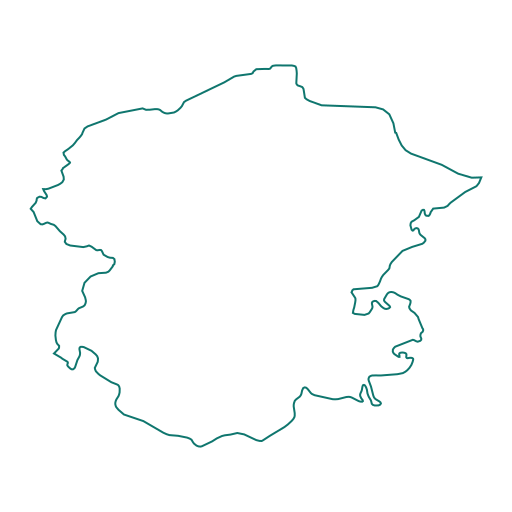 map outline of Chuvash (Equal Earth projection)
{"feature_id": "RUS-2389", "entity_name": "Chuvash", "entity_type": "Republic", "adm_level": 1, "iso_a3": "RUS", "parent_name": "Russia", "parent_adm1": "", "projection": "equal_earth", "projection_center": [47.182, 55.483], "detail": "fine", "context": "isolated", "style": "outline", "palette": "teal", "viewbox_px": 512, "rotation_deg": 0, "n_neighbors": 0, "source": "natural_earth", "source_scale": "10m", "svg_char_len": 5966}
<svg xmlns="http://www.w3.org/2000/svg" viewBox="0 0 512 512"><path d="M481.3,177.4L479.0,183.0L476.8,185.8L476.1,186.4L465.2,192.0L450.6,202.7L448.9,204.4L447.6,205.9L444.1,207.6L433.2,208.6L430.6,212.3L430.3,213.5L429.5,215.0L428.6,215.9L426.2,215.7L425.3,214.8L424.8,213.6L424.5,211.0L424.0,209.9L423.0,209.8L421.6,210.6L418.9,216.9L414.2,220.3L411.6,221.7L410.7,223.2L410.4,225.3L411.6,229.7L412.5,230.6L413.4,230.4L414.1,229.3L415.1,228.5L416.4,228.1L417.7,228.4L418.5,229.2L418.9,230.3L419.3,232.8L419.8,233.9L420.6,234.9L424.7,238.2L425.4,239.3L425.4,240.7L423.8,242.7L422.3,243.8L412.2,246.9L402.5,250.9L391.8,262.0L390.5,264.0L389.8,265.7L389.6,267.1L389.3,268.5L388.1,270.0L383.3,274.9L381.9,276.9L381.0,278.6L380.0,281.4L378.8,284.0L378.2,285.1L377.3,286.2L372.1,287.8L353.5,289.3L352.3,290.4L352.0,291.4L351.5,292.3L355.0,297.6L355.4,298.4L355.5,300.2L355.2,302.4L354.2,307.4L353.4,310.0L352.9,312.9L354.8,313.9L364.5,314.9L368.6,313.5L369.6,312.4L371.0,310.3L372.1,308.5L372.4,307.6L372.5,306.5L372.0,304.1L371.9,303.0L372.3,302.0L373.3,301.3L374.6,300.9L376.1,301.0L377.7,302.3L378.8,303.4L380.5,305.5L381.3,306.4L383.4,308.0L384.7,308.7L386.2,309.0L388.1,308.6L389.3,308.0L390.1,307.1L389.8,306.3L389.1,305.5L385.2,302.1L384.4,301.2L384.0,300.2L384.2,299.0L386.9,294.4L387.7,293.4L388.7,292.6L390.1,292.1L391.7,292.0L393.6,292.4L395.3,293.2L397.5,294.7L400.8,296.4L408.8,299.2L409.8,299.9L410.6,300.9L410.5,302.7L410.1,304.1L409.1,306.8L409.5,308.4L410.9,310.4L414.5,312.9L418.0,317.0L418.7,319.3L422.4,328.2L423.1,329.2L423.2,330.3L422.7,331.7L420.9,333.3L420.4,335.0L420.4,336.4L421.3,338.6L421.2,339.8L420.3,340.8L417.7,341.7L416.3,341.3L414.0,340.1L412.8,339.8L395.2,346.7L394.0,347.9L392.9,349.5L392.8,351.7L393.5,353.1L394.4,354.1L397.8,356.4L398.7,356.9L399.5,356.9L399.5,355.8L399.2,354.7L399.3,353.5L400.2,352.8L402.2,352.5L404.0,352.7L405.6,353.2L406.4,354.2L406.4,355.5L406.2,357.1L406.8,358.0L407.6,358.2L409.8,357.8L411.2,357.8L412.4,358.1L413.1,358.7L413.2,359.6L412.6,361.9L411.4,364.9L409.5,367.8L407.3,370.2L405.4,371.7L402.9,373.1L397.4,374.2L380.5,375.5L375.6,375.4L372.1,375.5L370.8,375.9L369.4,376.7L368.6,378.3L368.5,379.6L368.8,380.8L371.0,386.6L373.2,395.2L373.6,396.4L374.1,397.5L374.9,398.5L375.8,399.3L379.5,401.5L380.5,402.4L380.9,403.5L380.2,404.6L378.6,405.4L374.8,405.5L372.9,404.9L371.8,403.8L371.2,401.3L370.8,400.2L368.9,397.0L368.4,395.9L367.5,393.5L366.9,389.7L366.1,387.4L365.5,386.3L364.8,385.3L363.9,384.9L362.9,385.3L362.4,386.8L361.9,389.8L361.5,391.1L360.4,393.5L360.1,394.7L360.2,396.0L361.2,398.2L362.7,400.2L362.9,401.1L362.2,401.7L360.3,401.6L358.7,401.1L352.1,397.7L350.6,397.1L348.9,396.8L346.4,397.0L338.1,399.1L335.1,399.3L332.7,399.2L314.6,395.2L312.0,394.0L310.9,393.1L307.8,389.2L306.9,388.3L305.9,387.6L304.6,387.4L303.2,388.1L302.1,390.5L301.4,393.8L300.8,395.2L299.8,396.6L296.1,399.4L294.8,400.8L294.0,403.1L293.7,404.9L293.7,406.5L294.7,413.1L294.7,415.8L294.4,417.1L293.4,418.9L291.6,421.0L287.8,424.5L284.5,427.0L269.9,435.8L263.0,440.3L261.7,441.0L259.5,440.9L256.3,440.1L244.2,434.4L237.3,433.0L230.4,434.6L224.8,435.3L222.0,436.0L216.8,438.4L212.1,441.4L201.8,446.3L200.4,446.6L198.5,446.4L196.5,445.6L194.0,443.6L192.9,442.1L191.5,439.7L189.7,438.6L187.1,437.6L178.1,435.8L169.4,435.1L166.6,434.2L163.3,432.7L143.4,421.1L123.9,414.5L118.5,409.8L116.3,407.2L115.7,405.9L115.3,404.2L115.3,402.9L115.5,401.9L115.8,400.8L116.3,399.6L118.5,396.1L119.1,394.5L119.6,392.4L119.7,388.6L119.2,386.6L118.3,385.2L117.1,384.5L111.3,382.2L100.1,375.3L98.4,373.9L95.9,371.3L95.1,369.4L94.8,367.9L97.7,361.9L97.9,360.4L98.0,358.4L97.2,356.2L95.7,354.4L91.5,350.8L83.8,347.1L82.0,346.8L80.4,346.9L79.6,347.8L79.4,349.0L80.1,352.9L80.0,354.2L79.8,355.4L79.3,356.6L77.4,360.1L75.1,367.1L74.4,368.3L73.0,369.3L71.7,369.3L70.5,368.7L68.6,367.0L67.8,366.1L67.3,365.2L67.4,364.2L67.9,362.9L67.5,361.8L62.3,358.7L61.1,357.7L54.0,353.5L58.8,348.5L59.1,347.2L59.1,345.8L57.3,343.9L56.5,342.4L55.9,340.0L55.4,335.5L55.6,332.3L56.0,330.1L62.0,317.1L63.2,315.4L65.5,314.0L67.0,313.4L74.7,312.1L75.4,311.7L76.2,311.0L77.9,309.1L78.8,308.3L83.1,306.5L84.6,305.3L85.5,303.4L85.9,301.6L85.8,300.2L85.1,297.3L82.2,290.9L84.5,282.8L90.6,276.5L98.4,273.2L106.0,272.7L108.4,271.7L109.7,270.4L112.8,266.3L112.9,265.4L114.3,264.2L114.8,261.7L114.4,259.1L112.9,257.9L109.9,257.7L107.6,257.0L103.6,254.7L101.9,251.1L101.1,250.1L100.0,249.9L97.4,250.3L96.2,250.1L91.6,246.7L89.0,245.5L86.9,246.3L83.3,247.1L70.2,245.5L66.4,244.0L64.8,241.8L65.1,240.4L65.6,238.8L65.1,236.4L63.7,234.6L59.9,231.2L55.5,226.1L53.8,224.8L50.8,223.9L48.5,222.8L47.3,222.5L45.7,223.0L44.1,223.8L42.4,224.4L40.6,224.2L37.3,221.2L33.6,212.0L30.7,208.8L31.9,207.0L35.7,202.8L36.6,200.5L36.7,199.1L37.2,197.9L39.5,196.7L41.4,196.9L43.5,198.0L45.5,198.4L47.0,196.7L46.7,195.2L44.0,191.0L43.2,189.1L45.8,189.2L48.4,188.7L58.0,185.0L60.3,183.7L62.3,182.2L63.8,179.5L63.6,176.7L61.4,170.6L62.7,168.9L63.0,168.1L68.6,164.1L69.8,163.0L70.0,162.5L69.5,161.8L67.6,160.4L66.8,159.5L65.1,156.4L63.9,154.9L63.5,152.6L65.2,151.1L67.9,149.3L72.8,145.4L74.8,143.1L77.0,140.1L79.5,137.5L80.9,135.8L82.1,134.1L82.5,132.8L84.5,128.5L87.6,126.4L106.0,119.6L118.5,113.1L142.6,108.4L146.0,109.8L150.1,109.7L155.1,109.1L157.0,109.1L158.7,109.4L160.1,110.0L162.1,111.7L163.3,112.4L164.6,113.0L166.2,113.4L167.9,113.5L174.0,112.5L175.8,111.6L177.7,110.4L180.5,107.8L181.9,106.1L184.0,102.1L186.0,100.7L224.2,82.4L234.1,76.6L236.3,75.9L251.1,73.9L252.6,73.2L253.5,71.5L256.3,69.2L265.3,68.9L268.7,69.0L270.0,68.7L270.8,67.8L271.6,66.7L272.6,65.9L274.2,65.6L276.0,65.4L292.0,65.5L294.0,65.9L295.5,66.5L296.2,68.1L296.6,70.9L296.8,73.5L296.3,83.3L296.8,84.5L297.9,85.5L300.4,86.3L302.3,87.1L303.4,88.7L303.7,90.1L304.9,97.8L306.6,99.3L309.7,101.0L321.6,105.3L375.5,107.3L383.1,109.4L389.3,114.3L393.4,123.3L395.2,132.6L396.2,132.9L398.7,139.6L401.7,145.5L405.6,150.2L411.0,153.6L441.7,164.8L458.2,173.7L471.7,177.7L481.3,177.4Z" fill="none" stroke="#0f766e" stroke-width="2"/></svg>